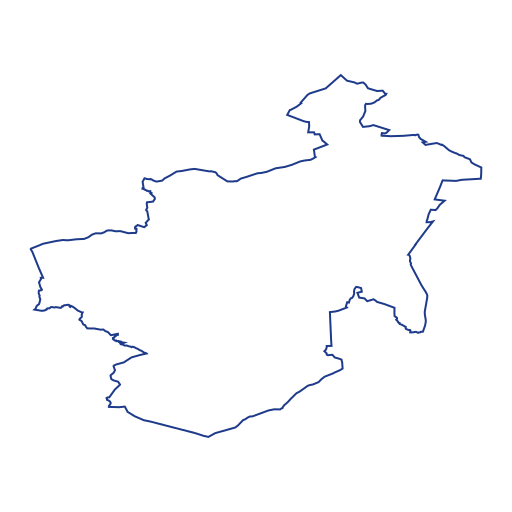 Kurmāles pag., Kuldigas, Latvia (Equal Earth projection)
{"feature_id": "27541924B2673216189448", "entity_name": "Kurmāles pag.", "entity_type": "district", "adm_level": 2, "iso_a3": "LVA", "parent_name": "Latvia", "parent_adm1": "Kuldigas", "projection": "equal_earth", "projection_center": [21.84, 56.915], "detail": "fine", "context": "isolated", "style": "outline", "palette": "blue", "viewbox_px": 512, "rotation_deg": 0, "n_neighbors": 0, "source": "geoboundaries", "source_scale": "gbopen_adm2", "svg_char_len": 5987}
<svg xmlns="http://www.w3.org/2000/svg" viewBox="0 0 512 512"><path d="M235.3,427.5L238.0,425.4L243.2,420.0L244.8,419.5L248.0,417.4L249.8,416.5L252.4,416.4L268.3,410.5L274.2,409.3L280.1,409.4L281.5,408.4L282.5,408.1L282.7,407.3L284.1,405.3L287.6,402.3L290.9,398.7L296.5,393.2L299.6,391.6L307.7,385.8L309.4,385.2L313.1,384.4L318.6,382.1L321.3,379.3L324.6,376.7L333.3,373.3L334.0,372.8L339.9,370.2L342.6,368.6L342.2,362.7L341.5,359.6L338.5,358.5L334.8,357.5L332.4,354.8L327.8,355.2L326.7,354.6L326.6,353.3L324.4,351.2L325.9,349.7L326.7,347.4L326.7,346.0L331.5,345.9L331.1,339.9L329.9,312.1L335.2,311.5L338.5,310.7L346.9,307.5L345.9,306.4L347.2,302.2L348.9,302.6L349.7,299.9L350.7,298.4L352.1,297.9L353.2,296.4L354.2,293.7L354.0,291.3L354.5,289.1L356.1,286.9L358.1,287.2L361.1,288.1L361.8,291.7L357.4,292.8L359.2,297.6L364.5,298.4L367.2,301.2L373.5,299.3L375.5,300.5L377.0,301.9L384.5,304.1L394.5,307.8L394.4,313.0L394.6,316.2L396.9,317.7L397.1,318.7L396.2,319.7L397.7,321.2L398.0,322.1L398.3,322.1L398.9,322.8L399.4,323.0L399.2,323.3L399.7,324.0L402.0,324.8L405.8,327.0L405.5,327.9L405.9,328.9L408.8,330.1L409.6,329.9L410.2,330.1L410.4,330.4L410.2,332.4L413.3,332.3L415.9,331.8L418.1,332.8L418.7,332.4L420.1,332.4L420.8,331.8L422.9,331.7L425.1,325.5L425.8,321.5L425.7,319.6L424.9,315.0L424.7,312.0L427.2,297.8L427.3,295.5L426.9,294.2L425.8,292.1L421.6,285.5L411.7,266.7L410.7,264.6L410.7,264.2L411.0,263.4L410.0,261.3L410.0,259.9L410.4,259.0L409.8,256.0L408.6,254.6L408.3,254.6L415.5,244.7L415.3,244.6L426.8,229.3L433.0,221.4L430.0,222.2L426.6,222.2L426.8,220.6L427.4,219.2L428.6,214.4L430.8,209.7L435.6,210.1L437.6,208.0L439.7,204.9L444.6,200.7L434.7,199.4L440.1,186.8L442.5,180.6L442.6,180.4L456.2,180.9L461.8,179.8L480.8,178.7L481.2,174.0L481.3,167.5L474.6,164.4L471.4,162.4L470.0,159.3L464.5,157.2L463.5,155.9L459.6,155.1L456.3,153.3L455.8,153.3L451.5,151.5L449.0,150.2L444.1,146.0L441.9,144.6L441.5,145.0L437.4,143.2L436.2,143.1L425.5,144.9L422.7,142.4L425.7,141.8L420.4,138.8L419.9,137.9L419.2,137.4L418.3,134.7L416.9,134.6L415.1,135.3L414.7,135.0L414.0,134.9L403.7,135.8L390.8,136.2L381.6,135.7L381.5,135.0L381.9,133.1L384.6,133.4L386.3,132.9L389.2,130.1L373.4,125.1L369.5,126.2L363.0,126.9L360.0,122.1L360.0,121.2L360.1,120.2L363.1,116.6L365.4,110.9L365.1,107.6L365.2,105.0L366.0,103.8L367.6,104.0L371.2,103.7L374.5,102.4L377.0,100.4L378.8,99.9L380.5,97.8L385.7,94.9L386.2,93.9L385.3,93.9L382.7,90.7L377.0,91.0L368.0,88.3L365.6,84.6L363.2,82.5L362.0,82.5L357.1,83.7L354.4,82.4L347.0,80.7L340.8,75.1L325.7,88.4L309.8,93.4L307.5,94.9L300.7,102.6L301.3,103.2L296.7,106.7L290.8,109.8L289.8,110.1L287.2,114.9L303.7,121.2L306.5,121.9L309.0,122.1L309.2,126.4L308.2,132.3L314.0,132.3L314.7,134.4L319.6,134.2L322.4,140.6L323.5,141.3L327.2,144.5L313.9,149.6L314.9,156.8L315.5,157.1L313.2,158.5L310.6,159.8L304.6,160.5L300.3,161.4L291.9,164.8L285.0,166.9L275.6,168.3L267.1,171.7L261.7,172.9L257.4,173.3L246.5,176.9L240.8,178.6L237.5,180.9L236.5,181.3L235.2,181.1L233.2,181.5L227.4,181.4L217.6,175.2L216.6,173.3L215.3,172.2L210.8,171.2L210.4,171.4L208.8,171.3L194.7,168.9L190.0,169.4L182.3,170.9L176.5,171.6L169.8,175.7L164.6,178.4L162.2,180.6L156.5,181.6L153.3,180.5L151.8,179.5L150.8,179.4L150.6,179.0L149.3,179.2L146.6,179.0L145.6,178.5L144.5,178.3L142.6,181.8L143.6,187.7L142.7,187.9L142.5,188.5L143.0,188.5L143.1,188.9L143.6,189.0L144.5,189.6L145.1,189.6L145.3,189.9L146.7,190.5L147.0,190.9L147.8,190.8L148.4,191.3L149.6,191.2L149.4,191.5L149.5,191.7L150.3,191.9L150.5,192.2L151.2,192.6L151.5,192.9L150.5,193.6L154.7,197.4L154.8,199.1L153.0,201.6L147.0,202.3L146.7,203.5L147.3,207.8L146.1,210.0L147.3,211.4L148.6,218.6L148.9,219.3L145.7,222.9L146.8,225.1L144.2,227.2L137.6,225.0L137.0,225.7L135.8,226.3L135.0,227.2L135.1,228.6L136.4,228.6L136.6,228.9L136.3,230.4L136.5,231.6L135.8,233.0L134.1,232.9L128.2,233.2L120.2,231.1L115.8,231.3L111.4,230.4L108.2,230.4L106.5,230.8L104.4,232.2L101.2,233.4L95.9,233.3L94.5,233.7L91.9,234.7L88.4,237.2L84.2,238.9L76.2,239.3L67.8,240.3L62.8,240.0L56.1,241.0L42.9,243.8L39.2,245.4L31.0,248.6L30.7,249.1L32.4,252.0L38.9,268.2L43.1,277.8L40.8,277.8L41.0,279.0L39.0,282.3L40.4,287.2L41.9,289.6L41.5,290.2L38.9,290.6L38.7,292.4L38.8,293.8L39.7,295.7L39.4,296.7L39.7,297.8L40.3,299.1L39.6,302.4L38.9,304.3L37.3,305.3L36.2,307.0L35.6,308.6L34.5,309.6L41.6,310.8L42.8,310.8L43.3,310.5L44.6,310.5L45.5,309.9L46.0,309.9L46.5,309.6L46.4,309.3L47.2,308.5L47.5,308.6L48.1,308.3L49.6,308.3L50.6,307.3L51.5,307.0L54.5,307.5L55.8,307.1L60.7,307.9L60.9,307.8L61.8,306.8L62.2,306.7L62.3,306.3L62.7,306.4L62.8,306.0L63.7,305.7L64.3,305.2L65.0,305.3L67.7,304.8L68.9,304.9L69.5,305.3L69.7,305.7L69.5,306.4L69.8,306.7L70.3,307.0L71.1,305.9L71.6,306.1L73.7,307.3L78.0,310.7L82.1,312.5L82.6,312.5L81.8,314.2L81.7,315.3L81.9,316.2L81.6,317.2L79.8,318.7L79.4,319.7L81.6,321.1L83.3,324.5L85.2,325.2L85.9,326.7L87.3,328.4L94.3,328.5L100.8,329.7L103.3,329.5L105.5,331.2L107.8,332.0L110.9,335.2L117.9,333.8L117.9,334.8L117.0,334.8L116.6,335.3L116.0,335.5L115.9,335.9L114.6,336.6L114.6,337.0L114.1,337.6L113.1,337.9L113.4,338.5L113.0,338.8L112.9,339.0L114.6,340.4L116.2,340.5L116.3,340.8L116.1,341.0L116.3,341.2L118.5,341.0L118.8,341.1L118.6,341.7L118.9,342.0L120.3,341.5L121.3,341.7L121.7,342.1L122.4,342.4L124.3,342.7L123.3,343.1L121.4,342.8L120.1,343.1L120.6,344.1L121.0,344.3L123.1,344.7L124.7,345.6L126.8,345.5L128.1,346.1L130.8,346.7L131.5,347.2L132.6,346.7L134.1,347.1L136.4,348.4L137.7,348.8L139.6,350.1L141.3,350.7L144.1,352.6L146.4,353.3L146.6,353.5L140.0,355.0L131.5,357.4L123.8,362.4L116.1,364.5L113.7,365.7L113.6,366.4L115.0,370.2L113.6,372.8L110.8,375.1L110.5,375.7L111.4,379.2L113.6,380.4L118.1,381.7L119.8,384.2L120.0,384.7L114.9,389.5L109.3,397.3L107.4,397.5L106.5,398.1L107.0,399.0L107.0,399.8L108.8,400.6L110.1,401.7L110.7,402.9L110.6,403.6L109.0,405.9L108.9,406.9L119.2,407.2L124.8,406.6L127.3,411.2L127.5,411.8L134.6,416.2L143.8,420.2L150.2,421.5L195.1,433.1L203.8,435.9L208.4,436.9L215.3,433.1L235.3,427.5Z" fill="none" stroke="#1e3a8a" stroke-width="2"/></svg>